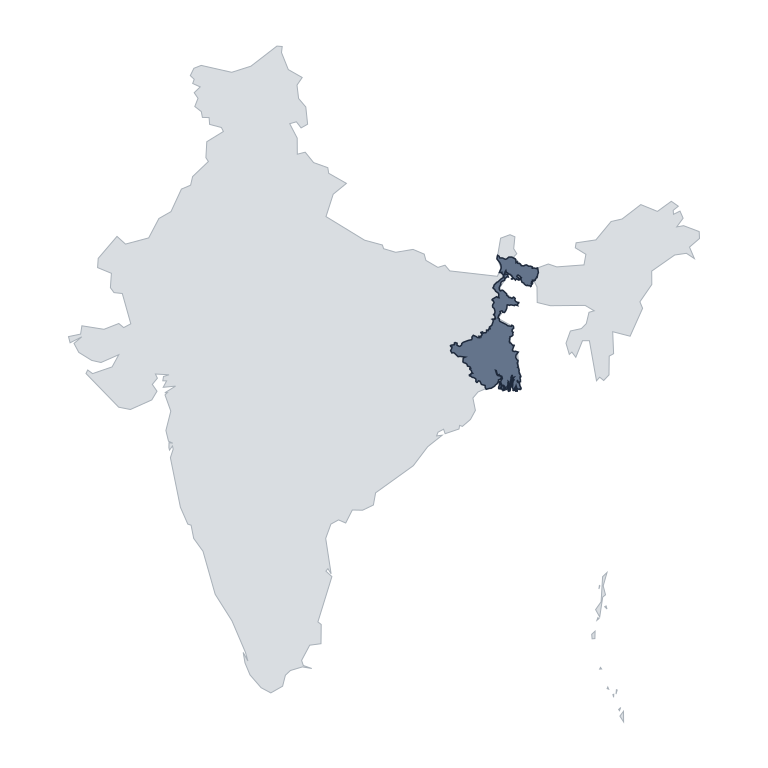 India, with West Bengal highlighted
{"feature_id": "IND-3257", "entity_name": "West Bengal", "entity_type": "State", "adm_level": 1, "iso_a3": "IND", "parent_name": "India", "parent_adm1": "", "projection": "mercator", "projection_center": [88.164, 24.386], "detail": "fine", "context": "in_parent", "style": "filled", "palette": "slate", "viewbox_px": 768, "rotation_deg": 0, "n_neighbors": 0, "source": "natural_earth", "source_scale": "10m", "svg_char_len": 9778}
<svg xmlns="http://www.w3.org/2000/svg" viewBox="0 0 768 768"><path d="M68.5,336.6L80.6,334.1L81.9,325.8L104.0,329.3L118.8,323.5L123.7,327.6L130.8,323.8L122.3,293.5L114.0,292.6L110.4,287.7L111.4,273.3L97.6,267.6L98.2,258.4L117.0,236.4L125.5,244.1L148.7,237.9L158.9,218.5L171.0,211.6L181.4,189.1L190.6,185.2L192.6,176.6L208.4,161.5L205.9,157.7L206.8,141.7L223.4,131.5L221.4,127.5L209.6,124.4L209.1,117.6L202.4,117.4L201.3,111.6L194.8,106.5L198.0,98.3L194.2,92.7L200.2,86.9L192.7,83.5L194.2,79.3L190.3,75.6L193.9,68.3L201.2,65.4L231.7,72.3L250.9,66.2L276.9,46.1L282.2,46.5L281.5,52.6L288.3,69.6L302.2,77.5L297.0,85.1L298.6,98.5L305.8,107.0L307.6,124.2L301.1,127.9L296.4,121.8L289.7,123.7L297.2,138.1L297.3,154.2L305.2,152.2L313.6,162.6L327.8,167.7L328.7,173.3L346.4,183.4L333.2,194.2L326.0,216.6L364.6,240.2L382.4,245.0L383.6,248.7L395.7,252.3L413.0,249.4L424.2,254.1L425.9,260.4L437.9,267.4L445.0,265.2L449.8,270.9L497.4,276.3L501.0,268.0L497.2,258.1L500.6,238.2L510.0,234.7L514.9,236.8L513.7,248.7L516.8,253.7L513.5,257.1L522.4,265.8L535.7,268.6L548.3,264.0L556.8,266.9L584.0,264.9L585.9,254.3L575.3,247.8L576.1,242.8L595.9,239.9L611.1,221.5L622.1,219.0L640.8,204.6L657.4,211.4L671.3,201.3L678.3,206.2L673.2,210.3L673.5,214.3L680.0,211.1L683.1,218.2L676.7,226.9L683.6,225.7L699.2,231.6L699.5,238.5L689.5,247.1L694.4,258.6L686.4,253.3L674.7,255.0L651.7,271.1L651.8,284.5L639.9,301.8L642.6,308.3L630.1,336.2L612.7,331.7L613.6,353.7L609.2,356.1L609.0,374.9L603.7,380.5L599.7,377.2L596.5,380.8L589.4,340.7L582.5,340.7L575.8,357.3L571.9,352.1L569.3,354.4L566.0,343.2L570.4,331.0L581.4,328.6L586.3,323.6L589.0,312.3L594.2,310.8L585.1,305.4L550.3,305.7L537.2,302.5L537.0,286.9L533.7,280.4L531.1,285.4L527.2,285.4L519.6,275.6L515.5,279.4L505.5,271.9L507.1,276.6L499.4,288.2L518.1,303.3L507.4,305.0L498.1,318.4L513.2,326.7L509.8,341.0L513.2,350.8L517.6,352.5L520.3,388.3L516.1,386.2L513.7,389.9L511.4,377.4L510.2,388.2L503.8,385.9L500.2,388.7L501.8,377.0L496.3,371.5L501.0,377.4L496.4,384.3L478.1,391.9L472.9,398.0L475.4,410.4L470.5,419.4L462.4,426.4L459.6,425.4L459.0,429.0L445.1,433.7L443.6,429.2L438.0,432.2L436.6,435.9L442.2,435.2L427.7,446.7L413.3,465.7L375.6,492.8L373.4,505.0L362.6,510.2L352.3,510.0L345.7,523.0L338.5,519.9L330.9,524.1L325.7,538.4L331.1,573.8L327.9,568.7L325.9,571.1L331.9,576.6L317.9,621.9L321.2,624.5L321.0,643.7L309.7,645.2L301.6,660.4L303.3,665.5L311.8,668.5L302.4,666.9L290.4,670.5L285.4,675.2L282.6,686.2L270.8,692.9L261.1,687.7L250.0,674.9L245.0,662.9L243.2,652.4L247.9,661.0L245.5,652.5L232.0,620.9L215.2,594.3L203.0,551.3L193.7,538.4L191.1,525.2L187.8,524.1L180.4,507.2L170.4,457.7L173.2,449.1L172.5,446.0L169.5,450.1L168.9,447.7L169.0,442.7L172.8,443.2L168.5,441.2L165.9,430.5L170.8,411.1L165.0,394.9L167.4,392.6L164.8,392.8L175.6,386.1L163.2,387.3L166.6,380.9L162.8,380.8L163.5,376.5L169.0,374.8L155.4,374.0L157.4,378.2L152.3,384.4L157.0,391.2L151.8,399.9L130.4,409.5L118.7,407.2L86.0,373.5L87.7,370.0L92.6,373.6L112.1,366.9L118.8,354.7L101.0,362.5L91.7,360.4L78.8,352.4L74.0,343.4L81.8,336.8L70.1,342.8L68.5,336.6ZM599.7,617.0L595.6,609.6L601.1,601.8L602.6,576.7L607.0,572.5L603.2,585.9L605.5,594.8L602.7,597.1L599.7,617.0ZM623.5,711.3L623.6,721.9L619.9,716.1L623.5,711.3ZM594.9,638.6L592.1,638.8L591.7,634.3L595.1,631.1L594.9,638.6ZM613.8,694.2L613.6,697.3L612.9,694.5L613.8,694.2ZM617.2,690.0L616.0,694.1L616.4,689.7L617.2,690.0ZM620.7,707.5L619.5,710.7L618.6,709.5L620.7,707.5ZM601.6,669.0L599.6,669.1L600.5,667.4L601.6,669.0ZM599.0,618.6L596.9,620.3L597.9,617.6L599.0,618.6ZM606.1,605.9L607.0,609.0L604.7,606.7L606.1,605.9ZM608.7,689.2L607.1,688.6L607.8,687.0L608.7,689.2ZM599.9,585.8L598.9,589.0L599.4,585.5L599.9,585.8Z" fill="#d9dde1" stroke="#a8b0b8" stroke-width="1"/><path d="M511.9,257.1L515.4,259.0L515.8,260.2L516.0,262.7L517.2,261.8L517.7,263.3L519.6,263.5L520.5,264.2L521.3,265.7L523.8,265.9L525.1,265.1L526.6,264.9L528.8,266.3L530.1,266.1L531.9,266.6L532.4,267.0L532.1,268.1L532.4,268.3L534.0,268.0L536.9,268.7L537.2,267.9L537.7,268.1L538.4,272.7L537.7,274.2L537.4,276.3L536.8,276.8L537.1,277.6L536.1,278.1L535.6,279.2L535.0,279.5L535.1,280.4L533.4,281.0L533.3,280.2L532.4,280.2L532.5,281.6L531.6,281.7L531.5,282.4L532.2,282.6L531.4,283.4L532.4,283.8L531.3,285.0L531.1,286.3L530.6,286.6L529.7,285.6L528.1,285.7L527.6,285.2L526.8,285.6L526.0,285.4L524.3,284.1L523.8,283.1L522.0,282.3L520.7,278.6L520.7,278.0L521.2,278.1L521.4,277.6L520.4,277.2L520.3,276.5L518.1,275.0L517.3,275.4L516.8,276.6L518.4,277.6L518.8,278.5L519.3,278.4L519.3,278.9L519.9,279.1L520.0,279.6L519.6,279.9L518.6,280.1L516.5,278.8L515.4,280.1L514.5,278.8L513.7,278.5L511.9,279.2L511.5,278.9L513.0,277.6L511.7,276.1L511.7,275.5L510.8,275.1L510.3,274.4L508.9,274.1L507.5,272.8L506.4,272.4L505.9,270.5L505.2,271.6L504.4,274.3L504.8,274.7L505.2,273.8L507.5,274.6L508.3,277.0L506.9,276.8L504.8,278.7L504.6,280.3L502.3,281.2L501.1,282.1L500.6,283.5L500.9,284.0L500.8,284.8L500.3,285.2L499.2,287.7L499.4,289.6L500.3,290.9L502.5,290.2L503.2,290.6L506.6,293.8L506.7,295.3L507.8,296.0L509.0,297.5L510.4,297.6L512.0,298.4L512.8,297.7L513.6,297.6L513.6,297.2L514.3,297.5L515.2,298.5L514.8,300.0L515.8,301.5L517.1,302.2L518.8,302.5L518.6,303.2L517.6,304.0L517.6,304.9L517.2,305.0L517.5,305.5L515.2,304.8L514.5,305.6L511.3,304.9L510.5,304.9L509.6,305.4L507.8,304.8L507.1,305.0L506.8,308.3L505.7,310.8L504.5,312.5L502.8,312.3L502.6,311.4L501.9,310.8L500.0,311.5L500.6,313.2L499.5,314.3L499.2,315.2L498.7,315.3L498.0,317.9L498.8,318.2L499.3,319.0L499.4,320.5L499.9,321.4L506.2,324.5L507.8,325.8L511.3,326.3L511.8,325.2L513.0,325.8L513.5,326.5L513.7,328.2L512.2,329.6L512.1,331.3L512.7,332.2L513.2,332.3L512.7,333.4L513.0,335.0L511.7,336.3L510.0,336.7L510.0,337.6L509.5,338.6L509.7,339.4L509.3,341.8L509.8,342.0L509.9,342.9L510.7,343.0L513.1,345.8L513.9,345.1L514.2,345.3L512.4,349.9L512.6,350.9L514.3,351.6L515.3,351.2L518.3,352.1L516.0,355.1L515.7,357.4L516.9,359.7L518.0,360.4L517.8,362.0L517.2,362.9L518.2,366.6L517.6,367.4L518.5,367.9L519.2,370.3L518.9,371.0L519.2,372.5L519.7,373.4L519.4,373.6L520.5,375.3L520.9,376.7L520.5,377.2L520.1,377.0L520.0,378.3L520.4,379.5L520.5,381.7L519.5,381.9L519.4,382.5L518.0,381.7L517.6,380.6L517.1,381.0L517.5,382.0L519.1,383.0L519.5,383.7L519.8,385.6L521.0,387.8L521.1,388.8L520.6,389.4L519.9,388.8L519.6,389.4L519.2,389.5L516.9,388.4L516.1,385.7L515.7,387.2L516.1,388.7L515.8,389.1L515.0,389.0L514.8,388.6L515.2,388.2L515.1,387.4L514.4,388.6L514.6,390.3L513.3,390.5L512.9,390.1L513.2,389.4L512.4,387.3L512.8,384.7L512.6,384.0L513.2,381.0L514.1,379.8L512.9,378.6L514.1,377.2L513.3,377.4L512.6,378.4L512.7,379.0L513.4,379.4L512.5,381.5L511.2,381.5L511.1,380.9L511.7,379.8L511.4,377.7L512.3,375.9L512.3,375.5L511.8,375.5L510.9,377.7L511.1,379.1L510.6,380.1L510.5,381.9L509.8,383.7L509.8,385.7L511.0,385.4L511.2,386.1L510.8,387.3L510.3,387.1L510.5,388.7L510.4,389.3L510.1,389.0L509.9,390.5L509.2,390.2L509.0,390.7L509.3,391.1L508.6,391.3L508.1,390.6L509.0,388.2L508.5,386.3L509.1,385.0L509.0,384.4L508.3,383.1L508.7,381.7L508.3,381.4L508.4,381.8L507.8,382.8L508.2,384.8L507.8,384.9L507.4,386.3L507.8,388.1L507.4,389.0L506.0,389.6L505.8,387.9L506.0,387.3L505.2,387.6L504.7,386.8L504.6,387.2L505.1,388.4L504.8,389.2L504.2,389.3L504.0,385.8L503.2,384.9L503.9,387.8L503.7,389.4L504.2,390.2L503.0,390.6L502.7,389.5L502.4,389.3L502.1,389.5L501.5,388.1L502.1,385.2L500.9,382.9L500.7,381.2L502.4,378.4L501.8,376.3L499.3,375.2L499.2,374.6L498.5,375.0L497.7,374.6L497.0,373.6L496.3,370.6L495.5,370.3L496.8,374.5L497.7,375.5L500.4,376.1L501.0,376.6L501.3,377.5L501.1,378.2L500.0,379.4L498.5,379.8L498.6,380.6L497.2,383.7L495.4,385.0L494.7,386.1L491.1,388.3L489.4,388.4L486.2,389.3L485.2,387.5L485.1,385.5L481.4,384.4L480.0,381.3L478.5,380.8L477.2,382.4L476.6,382.4L475.8,381.3L476.0,379.9L475.6,378.7L473.6,377.5L472.3,377.4L470.9,376.3L469.5,375.8L469.3,375.0L470.1,374.5L470.8,374.6L471.0,373.6L472.7,373.2L471.7,372.1L471.4,370.5L469.8,369.3L469.8,368.4L470.7,368.3L470.3,367.2L469.5,366.6L467.5,366.1L467.0,364.3L465.6,363.2L464.1,362.8L462.9,361.9L463.2,358.4L463.8,357.7L465.2,357.1L459.9,356.4L458.1,356.7L454.3,353.0L453.0,352.6L451.9,353.0L450.6,350.7L451.7,348.5L452.0,347.0L450.9,346.7L450.4,345.8L451.0,345.2L454.4,344.7L454.6,344.4L454.3,343.1L455.1,342.5L457.1,343.2L457.0,345.2L459.2,346.4L460.2,346.2L461.6,344.9L461.8,343.5L463.2,342.3L468.3,340.4L471.6,339.7L472.1,338.5L471.9,337.1L473.3,335.3L476.3,336.6L477.6,337.6L479.5,337.7L478.9,336.3L480.4,336.4L480.9,336.9L481.3,335.5L482.0,335.0L482.0,334.3L480.8,332.6L481.0,332.3L482.6,331.9L483.2,333.2L484.5,332.7L485.8,332.8L486.5,331.9L486.5,330.1L487.1,330.0L488.1,330.6L488.8,329.0L490.2,328.8L490.0,328.1L489.4,328.0L489.4,327.1L491.8,325.3L493.2,321.4L493.0,319.7L492.2,319.2L492.8,319.0L494.3,319.5L495.1,319.1L495.4,318.5L494.7,318.2L495.3,317.5L494.8,316.0L493.5,314.6L493.7,314.3L494.4,314.5L495.0,312.1L494.9,310.9L494.2,308.5L492.7,307.2L492.5,305.7L492.9,304.4L494.1,302.6L493.2,300.7L492.7,300.7L492.0,299.9L492.5,299.1L496.6,296.7L497.7,297.5L499.0,297.7L498.5,296.4L498.8,294.8L498.5,293.3L495.6,291.2L494.6,289.3L493.2,288.4L493.0,287.5L493.6,287.0L494.1,285.0L496.9,282.2L497.9,281.9L501.2,278.8L503.3,277.5L504.0,277.4L504.1,277.0L503.9,276.5L503.1,276.0L503.6,275.0L501.8,273.5L501.9,272.3L500.2,272.7L499.4,272.5L501.1,268.5L501.2,267.1L500.8,264.7L499.6,262.3L496.9,258.9L497.3,256.1L497.6,255.3L499.1,256.3L499.7,257.9L502.6,258.0L505.3,259.3L506.7,258.9L508.8,257.1L511.9,257.1ZM498.6,387.1L500.1,383.5L500.7,383.3L501.2,385.7L501.1,387.1L500.4,387.6L500.6,388.9L498.7,388.6L498.6,387.1ZM510.2,384.3L511.6,381.9L512.1,382.4L511.5,385.2L510.3,384.8L510.2,384.3ZM515.7,389.2L517.3,390.3L517.2,391.2L515.7,391.2L515.7,389.2ZM499.3,383.8L499.2,382.5L499.6,381.7L500.1,381.5L500.4,382.1L500.3,382.8L499.3,383.8Z" fill="#64748b" stroke="#1e293b" stroke-width="1.5"/></svg>